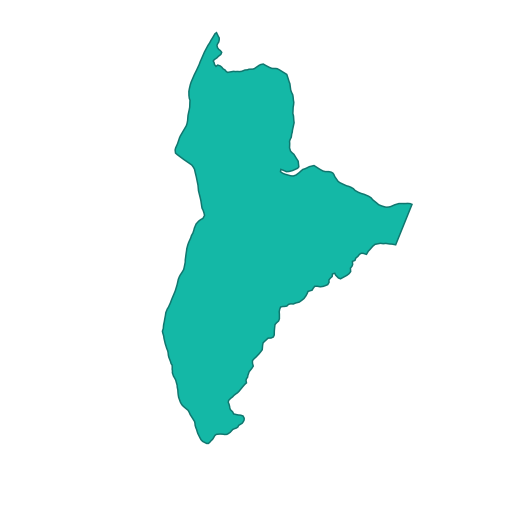 outline of Nova Ipixuna, Pará, Brazil, rotated 22°
{"feature_id": "56859067B5026281924573", "entity_name": "Nova Ipixuna", "entity_type": "district", "adm_level": 2, "iso_a3": "BRA", "parent_name": "Brazil", "parent_adm1": "Pará", "projection": "mercator", "projection_center": [-49.227, -5.013], "detail": "fine", "context": "isolated", "style": "filled", "palette": "teal", "viewbox_px": 512, "rotation_deg": 22, "n_neighbors": 0, "source": "geoboundaries", "source_scale": "gbopen_adm2", "svg_char_len": 4882}
<svg xmlns="http://www.w3.org/2000/svg" viewBox="0 0 512 512"><g transform="rotate(22 256 256)"><path d="M197.4,360.8L198.4,362.3L200.4,364.8L201.6,366.9L204.7,371.3L207.9,375.2L209.7,377.0L210.8,378.7L211.9,380.8L213.0,382.4L216.2,385.8L217.6,387.6L219.1,388.6L220.0,390.5L220.7,392.4L221.6,393.9L222.2,395.6L224.5,398.3L226.5,399.8L228.0,401.1L229.3,402.8L231.3,405.4L232.1,407.1L233.7,409.5L234.8,411.8L235.8,413.7L237.2,416.0L240.5,419.7L241.9,420.9L243.7,422.1L245.8,422.9L250.8,424.5L252.7,426.0L254.4,427.7L256.1,428.9L257.8,430.1L259.4,431.3L261.1,432.5L262.2,434.2L263.0,435.8L264.5,437.7L265.9,439.1L267.3,440.9L268.6,442.4L272.2,445.6L273.9,447.0L276.0,447.9L280.4,448.3L282.1,447.6L282.9,446.0L283.5,444.2L284.4,442.3L284.8,440.1L285.1,437.8L286.1,436.2L289.4,434.5L292.1,433.6L293.9,433.2L295.8,432.3L296.9,431.0L298.1,429.1L298.8,427.2L299.5,425.4L300.8,424.1L302.1,423.0L303.2,421.5L303.4,419.5L305.8,416.3L306.3,414.3L306.4,412.5L305.8,410.8L303.9,409.2L301.5,409.3L298.9,410.1L294.5,410.8L292.6,409.2L290.1,408.2L288.8,407.0L287.9,405.4L286.5,403.5L285.1,402.1L284.7,400.2L285.8,397.5L287.1,395.3L287.7,393.6L288.9,391.5L290.0,389.9L290.9,387.9L292.6,382.4L293.7,379.2L294.7,377.2L293.4,375.2L293.1,373.5L293.6,371.6L293.2,369.8L293.0,365.8L294.2,361.9L294.7,359.1L293.0,356.9L291.9,354.4L292.7,352.0L293.9,349.6L294.7,347.5L295.4,345.8L296.2,343.2L296.9,340.6L295.5,336.0L295.1,333.9L295.8,332.2L298.0,327.6L300.7,326.4L302.4,324.6L302.5,322.4L301.1,318.7L300.1,315.4L299.3,312.5L300.0,310.4L301.3,307.7L301.2,305.4L299.5,301.2L298.4,299.0L297.9,296.3L297.9,294.1L299.4,293.0L301.5,292.0L303.3,290.9L304.3,288.6L306.2,287.3L308.6,286.5L310.3,284.8L313.3,282.6L315.0,280.0L316.4,277.5L317.2,274.3L317.5,271.5L317.5,269.4L319.0,268.1L320.8,266.7L321.1,264.6L321.8,262.1L324.1,261.1L327.1,260.5L329.7,259.0L331.6,257.3L333.2,255.7L333.6,253.1L332.6,250.8L333.3,248.5L334.3,246.5L333.6,244.0L335.5,242.5L337.0,243.9L340.6,245.5L342.9,245.5L347.5,239.9L348.9,237.5L349.6,235.0L348.1,231.9L348.8,229.6L348.8,227.7L347.4,224.9L349.4,223.0L349.3,220.6L350.6,218.2L351.3,215.7L352.5,214.1L354.2,213.4L357.8,213.1L358.3,209.6L359.2,207.3L360.6,203.2L362.0,200.6L364.6,198.9L366.6,197.6L369.4,196.9L371.6,195.7L375.4,194.8L377.7,194.0L381.3,193.3L381.3,149.7L379.3,149.7L377.0,150.4L374.9,151.4L368.9,153.8L365.5,156.5L362.4,159.7L361.0,160.7L358.9,161.8L357.3,162.2L353.8,162.5L350.6,162.5L347.9,161.6L343.3,160.2L340.8,158.9L338.0,158.4L333.0,158.3L330.4,158.6L327.0,158.6L323.2,158.1L321.1,157.1L318.2,156.7L315.9,156.7L313.6,157.0L309.6,156.8L306.2,156.6L304.0,156.0L299.3,152.9L297.6,151.2L296.1,150.3L294.1,150.1L291.9,150.5L288.6,151.8L286.2,152.1L282.8,151.7L275.9,150.4L272.0,153.2L270.4,155.0L268.8,156.7L267.0,158.2L266.0,160.0L264.8,162.6L262.8,165.9L260.7,167.8L258.4,168.6L252.5,169.3L249.7,169.3L247.1,168.7L246.6,166.4L249.3,166.3L252.6,166.4L254.9,165.3L256.3,164.3L258.0,163.0L261.7,159.1L262.3,157.3L259.6,152.3L256.5,150.1L254.9,148.9L253.0,147.5L251.1,146.9L248.8,145.9L246.6,143.2L245.2,139.3L244.1,137.0L244.0,135.1L244.2,132.7L243.4,129.5L243.2,127.5L242.7,125.8L241.4,118.2L240.2,116.0L238.3,112.1L236.8,110.1L234.7,104.1L234.2,101.7L233.5,99.4L232.3,97.5L230.8,94.6L229.7,92.8L227.7,91.0L226.0,89.1L222.9,83.6L221.5,82.1L219.2,79.3L216.5,76.1L207.8,74.6L205.4,74.4L203.6,74.9L200.6,76.1L197.8,76.1L193.7,75.7L190.8,75.3L188.7,76.7L187.5,78.0L184.2,83.0L182.7,84.1L179.6,85.4L178.3,86.6L176.1,87.7L173.6,90.1L171.7,91.2L169.5,91.9L167.9,92.7L166.0,93.2L160.9,96.4L159.1,96.0L157.6,95.1L155.4,94.8L153.6,93.8L151.7,93.2L149.0,93.3L147.9,95.2L145.9,94.1L144.7,92.4L143.3,91.2L143.8,89.5L145.6,86.8L146.3,85.0L147.9,82.3L147.9,80.0L146.0,78.9L144.1,78.4L142.3,77.3L140.9,75.4L140.9,73.6L141.3,71.5L140.9,69.3L140.2,67.6L138.8,66.5L135.7,63.7L134.7,65.3L134.3,68.0L133.9,70.6L133.5,72.7L133.2,75.7L132.6,78.6L131.8,86.0L131.5,96.8L131.6,99.7L131.3,106.0L130.9,111.0L130.7,119.2L130.9,121.7L131.5,125.6L132.1,128.5L133.7,132.3L135.1,134.8L136.5,136.4L137.1,138.2L138.8,142.9L139.3,145.4L139.8,148.4L140.3,151.1L141.9,156.2L142.4,158.8L142.6,161.3L140.9,172.9L140.8,174.8L141.2,181.4L141.0,185.9L141.3,188.0L142.8,190.7L145.0,191.5L153.0,193.6L159.4,195.0L162.4,195.7L164.5,197.0L166.4,198.5L168.9,202.1L171.0,205.0L175.7,212.1L178.2,217.0L182.9,223.5L184.2,225.4L187.2,230.5L188.1,231.9L189.9,233.5L191.6,235.5L193.1,237.7L192.7,241.0L191.0,243.1L189.8,245.1L188.5,248.6L188.4,253.2L188.7,255.3L188.9,258.4L188.5,261.2L188.7,263.6L188.5,268.7L188.6,271.3L189.1,275.3L189.6,277.0L190.4,280.4L191.9,286.2L192.7,288.2L193.7,293.6L194.0,295.7L193.6,298.5L192.9,301.9L192.7,303.9L192.7,306.7L193.1,309.0L193.6,312.1L194.2,318.6L194.2,320.4L194.1,326.4L194.1,328.9L194.2,331.3L194.0,336.2L193.6,338.4L193.6,342.3L194.3,345.1L195.0,348.7L195.5,350.9L196.1,354.3L196.6,356.1L197.2,357.9L197.4,360.8Z" fill="#14b8a6" stroke="#0f766e" stroke-width="1.5"/></g></svg>